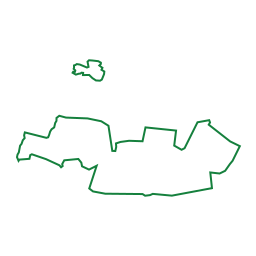 the district of Kanimekh, Navoi, Uzbekistan, rotated 179°
{"feature_id": "79887680B53513489447097", "entity_name": "Kanimekh", "entity_type": "district", "adm_level": 2, "iso_a3": "UZB", "parent_name": "Uzbekistan", "parent_adm1": "Navoi", "projection": "mercator", "projection_center": [64.925, 40.708], "detail": "fine", "context": "isolated", "style": "outline", "palette": "green", "viewbox_px": 256, "rotation_deg": 179, "n_neighbors": 0, "source": "geoboundaries", "source_scale": "gbopen_adm2", "svg_char_len": 1417}
<svg xmlns="http://www.w3.org/2000/svg" viewBox="0 0 256 256"><g transform="rotate(179 128 128)"><path d="M238.0,97.1L237.2,98.3L227.1,98.9L226.2,102.6L224.6,103.4L210.5,98.3L197.2,91.9L195.6,89.9L194.0,91.1L194.4,93.1L192.3,96.8L178.2,97.9L175.3,94.2L174.6,90.5L167.7,87.1L160.0,90.8L167.8,68.2L164.1,65.2L151.9,62.7L114.6,61.7L112.1,60.0L107.2,60.5L104.4,61.7L85.3,59.6L45.1,66.4L46.5,82.1L37.2,80.9L31.6,83.5L26.8,90.1L24.0,93.4L16.5,107.9L26.1,112.8L47.2,129.9L45.9,132.1L46.7,134.4L58.4,132.5L71.8,106.8L74.8,105.3L82.1,109.6L80.0,124.6L110.5,128.3L113.7,114.5L127.2,115.2L135.7,114.2L140.3,112.8L140.1,109.3L141.1,105.2L144.1,105.4L147.5,130.6L154.6,135.2L168.3,138.3L189.8,139.5L196.5,141.4L199.3,139.3L199.4,136.4L200.7,134.3L201.8,129.9L204.4,128.1L205.9,125.8L207.0,122.4L208.0,120.1L209.8,119.6L231.2,125.4L232.0,122.5L231.5,119.7L233.4,117.6L234.7,114.0L236.2,112.2L237.6,105.5L238.9,103.4L239.5,100.8L238.0,97.1ZM162.4,196.1L165.8,196.4L167.3,195.0L166.4,189.8L168.0,189.2L175.1,192.3L178.1,192.8L179.5,191.9L180.9,191.5L180.9,189.2L181.3,188.1L179.7,186.5L180.0,185.2L181.8,185.2L182.4,184.2L179.2,182.3L176.0,183.2L174.7,183.2L173.5,184.1L171.9,183.9L172.1,181.7L165.9,181.7L162.7,178.5L159.2,176.1L155.1,175.8L153.3,176.9L151.0,182.3L150.7,184.9L153.5,186.7L152.5,188.6L155.6,191.0L154.0,192.6L154.0,193.8L156.5,195.3L160.1,195.8L162.4,196.1Z" fill="none" stroke="#15803d" stroke-width="2"/></g></svg>